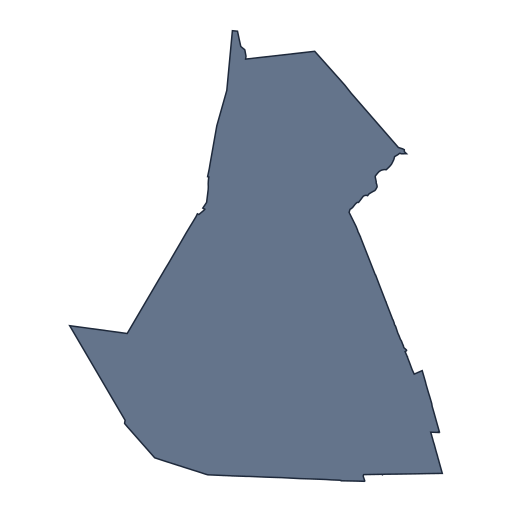 El Carmen, Nuevo León, Mexico
{"feature_id": "50627088B1236643819517", "entity_name": "El Carmen", "entity_type": "district", "adm_level": 2, "iso_a3": "MEX", "parent_name": "Mexico", "parent_adm1": "Nuevo León", "projection": "mercator", "projection_center": [-100.342, 25.914], "detail": "fine", "context": "isolated", "style": "filled", "palette": "slate", "viewbox_px": 512, "rotation_deg": 0, "n_neighbors": 0, "source": "geoboundaries", "source_scale": "gbopen_adm2", "svg_char_len": 3515}
<svg xmlns="http://www.w3.org/2000/svg" viewBox="0 0 512 512"><path d="M232.4,30.7L226.8,90.4L216.8,125.8L210.0,164.3L209.3,168.6L207.6,176.7L208.8,177.0L208.4,180.1L208.3,181.6L208.2,183.8L208.3,186.9L208.2,189.5L206.6,202.4L202.8,208.1L204.8,209.2L203.7,210.5L201.6,212.2L198.9,214.5L197.4,213.8L197.1,214.4L196.9,214.8L195.9,216.9L195.8,217.0L191.3,224.5L191.2,224.7L191.0,224.9L190.9,225.1L186.2,232.9L180.2,243.3L171.9,257.5L170.0,260.8L169.6,261.5L168.0,264.2L166.7,266.3L163.7,271.3L163.4,271.9L163.3,272.1L162.9,272.7L162.8,272.9L160.6,276.6L158.7,279.8L127.2,333.5L69.7,325.7L111.5,397.1L123.6,417.7L125.0,420.1L125.1,420.3L124.6,423.1L124.6,423.5L127.8,427.3L128.0,427.5L154.7,457.8L162.9,460.5L166.6,461.7L176.0,464.7L177.9,465.3L178.5,465.5L179.4,465.8L179.7,465.8L183.5,467.1L191.1,469.5L191.6,469.7L197.1,471.4L198.6,471.9L198.9,472.0L200.5,472.5L201.4,472.8L202.9,473.3L205.0,474.0L207.7,474.8L221.7,475.4L223.2,475.5L224.5,475.5L225.8,475.6L227.1,475.6L228.4,475.7L229.6,475.7L230.9,475.8L232.1,475.9L233.4,475.9L234.6,476.0L235.7,476.0L238.6,476.1L244.4,476.3L244.8,476.3L245.7,476.4L248.4,476.4L249.3,476.4L265.2,477.1L277.3,477.5L281.4,477.6L299.9,478.6L310.0,478.9L312.5,479.0L318.4,479.2L326.0,479.5L331.7,479.9L339.7,480.2L340.7,480.4L340.9,480.4L341.0,480.7L341.4,480.8L341.9,480.9L342.4,480.8L347.3,480.9L357.4,481.1L364.0,481.3L364.4,481.3L364.7,481.1L364.7,480.8L364.7,480.6L363.3,476.6L363.3,476.1L363.3,475.4L363.5,475.0L363.7,474.6L382.1,474.3L382.4,474.8L383.2,474.3L385.6,474.2L396.7,474.1L417.3,473.8L426.7,473.6L433.6,473.5L433.9,473.5L440.2,473.4L442.3,473.4L439.0,461.6L438.6,460.0L438.1,458.5L437.7,456.9L437.3,455.3L436.8,453.7L436.3,452.0L435.8,450.2L434.2,444.2L433.7,442.7L433.2,441.1L432.8,439.5L432.4,438.0L431.9,436.4L431.5,434.8L431.0,433.2L430.7,432.2L433.8,432.3L438.8,432.5L438.6,431.9L439.4,431.9L437.1,423.8L433.8,412.0L432.7,408.2L432.2,406.5L431.7,403.4L429.6,396.3L428.5,392.8L426.0,384.2L425.4,381.6L425.3,381.3L424.2,377.5L422.2,370.6L414.2,374.1L412.1,369.6L409.7,363.1L407.5,357.4L407.5,357.0L407.5,356.8L407.4,356.7L407.2,356.5L406.0,353.7L405.1,351.6L406.4,350.8L406.6,350.5L406.6,350.3L406.5,350.1L406.2,349.7L404.0,347.8L403.8,347.3L403.5,346.8L403.5,346.1L403.2,345.3L402.5,343.8L401.5,341.1L400.4,339.3L399.7,337.5L399.1,335.9L397.8,333.1L395.9,327.2L395.6,326.4L395.3,325.8L395.0,325.5L394.4,324.3L394.3,324.0L394.3,323.6L394.1,322.8L393.0,319.8L392.5,319.2L392.4,318.7L386.3,302.9L386.1,301.9L385.8,301.6L383.6,295.9L378.8,283.5L375.6,275.0L375.3,274.9L360.5,237.2L360.5,236.9L359.7,235.3L359.5,234.8L359.1,233.9L358.3,232.3L357.8,231.3L357.7,230.5L356.1,226.5L349.1,212.4L350.0,209.4L350.5,209.0L351.2,208.7L352.7,207.4L355.1,204.3L356.6,202.8L357.1,202.5L357.5,202.4L357.8,202.4L358.2,202.5L358.5,202.4L358.9,202.0L363.3,196.2L364.5,195.6L365.4,195.4L366.1,195.3L366.7,195.4L367.6,195.7L369.0,193.9L370.4,193.0L373.0,191.5L374.8,190.6L375.6,189.7L376.3,188.5L377.1,187.0L377.1,186.4L377.0,185.6L376.6,183.9L376.4,183.6L376.2,183.2L376.2,182.8L376.2,181.6L375.3,177.3L375.2,176.7L375.4,175.9L378.0,172.7L379.3,171.4L381.2,170.3L382.6,169.9L384.0,169.6L385.0,169.6L385.8,169.7L386.3,169.7L389.3,166.8L390.4,165.6L391.5,164.2L392.4,162.5L393.8,159.6L394.6,156.6L397.7,154.8L399.7,153.3L400.1,153.3L401.2,153.8L406.5,153.7L404.4,151.7L404.3,150.4L404.3,149.7L402.6,148.8L398.4,147.5L351.0,93.0L344.8,85.1L314.7,51.3L245.6,59.1L246.0,56.2L244.8,49.8L240.8,46.5L239.2,39.3L237.5,31.2L232.4,30.7Z" fill="#64748b" stroke="#1e293b" stroke-width="1.5"/></svg>